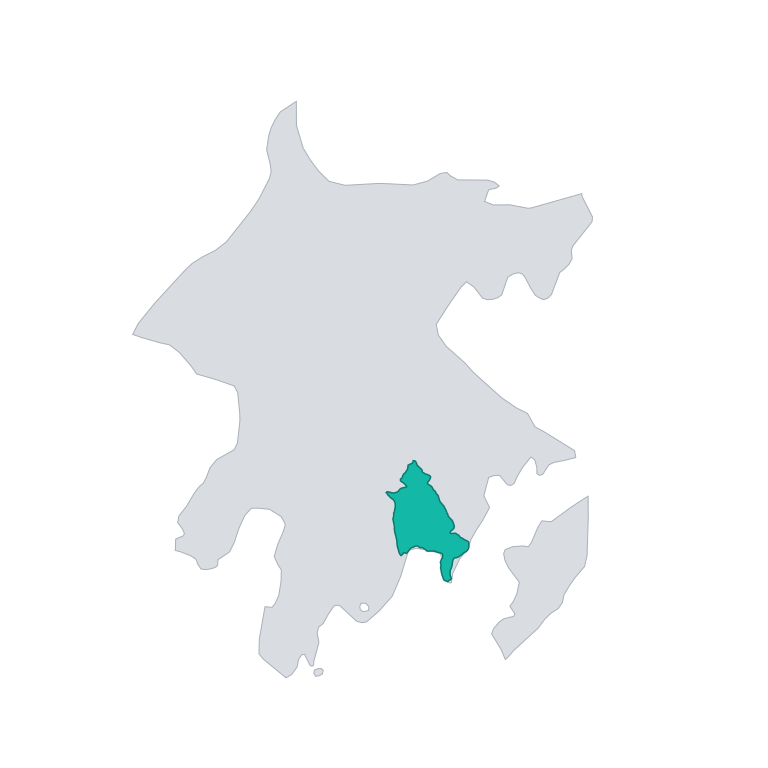 location of Kalbajar District, Kəlbəcər, Azerbaijan, rotated 258°
{"feature_id": "54616110B37358032697149", "entity_name": "Kalbajar District", "entity_type": "district", "adm_level": 2, "iso_a3": "AZE", "parent_name": "Azerbaijan", "parent_adm1": "Kəlbəcər", "projection": "albers", "projection_center": [46.209, 40.052], "detail": "fine", "context": "in_parent", "style": "filled", "palette": "teal", "viewbox_px": 768, "rotation_deg": 258, "n_neighbors": 0, "source": "geoboundaries", "source_scale": "gbopen_adm2", "svg_char_len": 7022}
<svg xmlns="http://www.w3.org/2000/svg" viewBox="0 0 768 768"><g transform="rotate(258 384 384)"><path d="M529.1,617.0L526.0,616.8L504.0,622.7L499.4,621.2L479.8,597.5L475.9,595.0L467.7,594.1L462.9,590.2L458.8,583.9L456.5,579.1L436.7,566.4L433.8,561.7L433.3,557.5L436.1,553.7L439.3,550.4L448.7,547.0L459.7,543.9L463.2,541.8L465.0,538.3L464.7,532.7L462.8,527.3L446.7,517.7L444.8,513.4L444.2,508.1L445.0,502.6L447.4,498.3L460.2,492.1L466.9,485.9L462.5,479.2L448.2,464.0L431.4,447.4L420.4,447.4L407.9,452.7L387.8,467.5L376.7,473.9L362.2,484.4L346.3,496.0L333.4,508.2L325.3,518.3L310.7,522.8L303.4,531.3L279.1,556.6L272.2,556.3L271.7,543.8L272.0,533.9L270.5,528.2L262.5,520.4L262.4,517.0L264.5,514.9L270.6,516.2L278.4,515.7L282.1,512.6L273.7,502.3L266.3,495.5L260.0,490.8L258.6,488.0L258.6,486.1L259.9,483.7L270.6,478.0L271.6,472.8L270.9,467.0L253.9,458.4L241.2,461.6L229.9,452.0L222.6,444.5L213.5,436.5L205.4,432.1L197.6,422.0L184.2,411.6L175.6,408.6L175.7,407.0L177.3,405.1L180.9,403.6L205.0,404.1L207.9,402.3L209.4,397.8L212.7,391.3L216.6,381.6L216.3,373.5L192.3,360.3L174.9,348.1L163.0,332.1L154.9,317.4L155.2,312.5L157.6,307.9L176.3,294.7L177.6,291.2L177.2,288.8L170.6,281.9L162.4,274.8L159.8,269.6L154.6,266.9L144.7,266.6L127.4,257.7L123.7,256.8L122.9,255.1L123.8,253.3L136.2,250.0L136.1,247.1L132.4,243.2L125.4,240.3L119.1,233.3L116.9,227.1L139.5,209.1L146.1,205.6L160.7,209.1L190.9,221.3L188.8,228.0L191.9,231.8L198.8,237.0L212.2,242.2L223.5,244.9L229.3,242.7L238.0,240.7L249.3,246.7L259.8,254.3L265.0,257.3L267.8,258.3L275.8,255.7L285.3,245.9L289.0,234.1L290.0,228.4L284.4,220.5L273.0,212.1L260.2,204.6L251.9,198.1L246.7,185.1L241.4,183.6L240.1,181.9L239.2,177.5L239.4,171.3L241.2,166.5L246.4,164.4L251.6,163.7L256.3,159.1L262.1,150.2L264.6,145.3L275.7,148.0L277.2,156.0L279.2,157.7L283.8,156.8L291.4,153.4L297.5,155.9L305.4,165.4L316.3,175.4L322.2,182.1L324.6,186.7L330.1,191.2L338.3,196.4L344.9,204.7L350.9,223.9L356.8,228.4L377.9,235.4L385.3,236.8L406.0,239.1L413.2,237.1L423.5,220.2L432.7,202.8L441.6,199.1L457.4,190.4L466.9,182.3L470.7,173.8L479.3,157.6L484.7,148.5L494.3,156.2L511.3,177.3L535.8,211.8L541.9,221.5L546.1,233.0L549.8,246.9L555.6,259.1L580.6,289.4L591.4,300.5L608.9,314.7L615.1,317.8L623.1,318.4L637.6,317.9L651.3,323.1L658.1,326.9L665.2,332.5L671.7,339.1L678.7,357.0L655.1,352.1L631.6,354.0L618.4,358.5L605.7,364.4L593.6,372.4L586.4,387.4L581.1,421.7L572.6,453.9L573.4,468.7L578.2,482.7L577.9,489.4L573.6,492.4L568.3,498.6L561.8,528.1L558.4,534.1L553.7,537.9L552.3,534.5L552.3,526.8L541.7,520.3L536.4,528.1L533.1,544.3L525.9,561.5L525.6,564.7L529.1,617.0ZM173.3,320.6L174.4,316.1L171.5,314.0L168.4,313.9L165.7,316.1L165.6,321.8L169.3,322.9L173.3,320.6ZM94.3,452.8L90.8,448.0L89.3,445.4L99.8,443.4L117.3,437.3L122.0,440.4L127.0,446.9L129.5,452.4L129.8,462.6L131.9,464.3L140.4,460.9L144.2,465.1L150.7,470.1L162.0,475.1L178.4,467.6L186.6,465.6L193.3,465.8L196.9,468.2L198.1,476.2L196.8,485.9L194.8,491.3L198.3,495.2L211.7,504.6L217.3,509.9L214.5,518.9L224.5,541.1L227.9,549.7L231.8,560.3L211.2,556.1L174.1,547.0L163.9,542.3L154.3,529.9L148.6,523.9L140.2,516.1L133.3,513.2L128.1,507.8L125.2,499.9L120.8,492.7L113.3,484.3L96.5,455.7L94.3,452.8ZM118.8,263.4L116.5,265.0L113.1,263.3L112.1,259.8L112.4,256.2L115.8,255.3L118.6,256.4L119.3,259.8L118.8,263.4Z" fill="#d9dde1" stroke="#a8b0b8" stroke-width="1"/><path d="M255.9,366.7L255.6,366.5L253.7,366.3L253.0,366.0L252.6,365.8L251.2,365.2L250.6,364.9L249.9,364.6L248.0,364.6L247.6,364.6L245.6,364.6L243.4,364.6L242.0,364.5L239.9,363.9L238.6,363.9L237.3,363.8L235.2,363.8L232.9,363.9L230.7,364.0L229.2,364.0L227.5,363.9L225.1,363.5L223.5,363.4L222.4,363.3L220.5,363.4L218.6,363.6L216.8,363.6L215.4,363.8L214.0,364.2L212.6,365.0L213.1,366.1L213.7,367.0L214.4,367.6L214.9,368.4L214.2,369.6L213.8,370.3L214.0,371.6L214.7,372.2L215.7,373.6L217.1,375.0L218.0,376.1L218.1,377.3L218.3,378.5L218.5,379.5L218.9,380.2L218.9,381.3L218.8,382.6L218.3,383.6L217.5,384.2L216.7,384.8L216.1,386.2L215.9,387.2L215.6,388.3L214.4,388.9L213.2,390.4L212.2,390.6L211.3,392.3L211.2,393.2L210.8,395.4L210.6,396.7L210.2,397.5L209.8,399.0L209.6,399.9L208.9,400.2L208.4,401.1L207.8,402.0L207.5,403.1L207.1,404.1L206.3,404.9L205.9,405.6L204.5,405.8L202.8,405.5L201.7,405.1L201.3,404.3L200.3,403.5L200.1,403.4L199.2,402.9L198.1,402.1L196.3,402.1L194.9,402.1L193.5,401.5L192.4,401.1L191.8,401.0L189.3,401.2L188.9,401.0L187.2,401.0L185.7,401.0L183.4,401.3L181.6,401.5L180.2,401.8L179.4,402.2L178.8,403.3L177.9,404.2L177.5,405.0L177.5,405.5L178.5,407.1L178.7,408.6L179.7,409.5L181.3,409.3L183.0,409.0L184.4,409.1L186.2,409.6L187.8,409.9L189.6,411.4L191.1,412.2L192.3,412.9L193.6,413.2L195.8,414.2L197.3,414.7L198.7,415.9L199.3,417.0L199.1,418.2L199.1,419.7L199.5,421.3L200.3,423.2L200.7,423.9L201.3,425.1L202.2,426.8L202.7,428.3L203.1,429.9L203.8,430.7L204.7,431.8L205.9,432.6L207.0,433.2L208.6,433.4L210.1,433.8L211.2,434.0L212.1,433.7L212.3,433.6L213.1,432.8L213.9,431.9L214.7,430.7L215.8,429.5L216.8,428.6L217.9,427.0L218.8,426.4L219.9,426.0L220.7,425.5L221.8,424.2L222.8,423.3L223.3,422.5L223.4,421.2L223.6,419.9L223.7,419.1L224.0,418.2L224.5,417.8L225.5,418.1L226.3,418.9L226.6,419.7L227.1,420.5L227.6,421.3L228.1,422.2L228.8,422.6L229.9,423.1L231.2,423.2L232.2,423.1L233.2,422.9L234.4,422.8L235.3,422.6L236.1,422.4L237.1,422.0L238.0,421.2L238.7,420.8L239.5,420.4L240.2,420.1L240.7,419.7L241.7,419.3L242.7,419.3L243.6,419.3L244.4,418.8L245.2,418.7L246.4,418.6L247.5,418.4L248.0,418.3L248.9,418.0L249.7,417.7L250.5,417.6L251.4,417.4L252.2,417.2L252.8,416.7L253.8,416.2L254.6,415.7L255.5,415.5L256.1,414.8L257.0,414.4L258.3,414.2L259.8,414.0L261.6,413.9L263.3,413.8L264.3,413.4L265.5,412.7L266.0,412.2L267.4,412.1L268.3,411.9L268.8,411.6L269.2,411.2L269.4,411.0L270.1,410.5L271.3,410.0L272.5,409.7L273.6,409.4L274.2,408.9L274.9,408.3L275.6,407.6L276.5,406.6L277.6,405.9L278.5,405.9L279.1,406.6L279.8,407.7L280.3,408.2L281.2,408.9L281.8,409.5L282.8,410.1L283.8,410.3L284.5,409.8L285.3,409.2L286.0,408.1L286.8,407.0L287.4,405.6L288.4,404.9L289.1,403.8L290.3,403.2L291.8,403.3L292.6,403.1L293.7,402.3L294.7,401.5L295.3,401.1L295.7,400.9L297.8,399.5L299.3,399.4L300.3,399.2L301.5,398.9L302.5,398.1L302.8,397.2L302.8,396.6L302.4,396.7L301.8,396.2L300.7,395.2L300.3,394.0L300.2,392.9L299.8,391.5L299.6,390.7L297.8,390.1L297.1,389.8L295.8,389.3L294.8,388.3L293.7,387.3L293.0,386.5L292.1,385.2L291.9,384.4L290.4,383.4L289.7,382.8L288.7,382.5L288.3,382.1L287.7,380.4L286.4,380.0L285.4,380.3L284.4,381.2L283.7,382.0L282.5,383.0L281.6,383.6L280.5,384.2L279.5,384.8L278.9,384.9L278.5,384.4L278.5,382.3L278.5,381.1L278.5,379.6L278.2,378.6L277.7,377.5L277.0,376.6L276.1,375.8L275.7,374.6L275.4,372.9L275.2,371.9L275.6,370.2L275.9,369.0L276.5,368.2L277.2,366.6L277.7,365.6L277.9,364.4L277.2,363.5L276.3,364.3L274.7,364.7L273.5,365.5L272.4,366.3L271.2,366.9L270.3,367.7L269.6,368.7L268.6,369.1L267.5,369.7L266.1,370.0L264.6,370.1L263.2,369.8L262.2,369.6L261.0,369.3L260.0,368.8L259.0,368.3L258.6,368.3L257.5,367.8L256.5,367.4L255.9,366.7Z" fill="#14b8a6" stroke="#0f766e" stroke-width="1.5"/></g></svg>